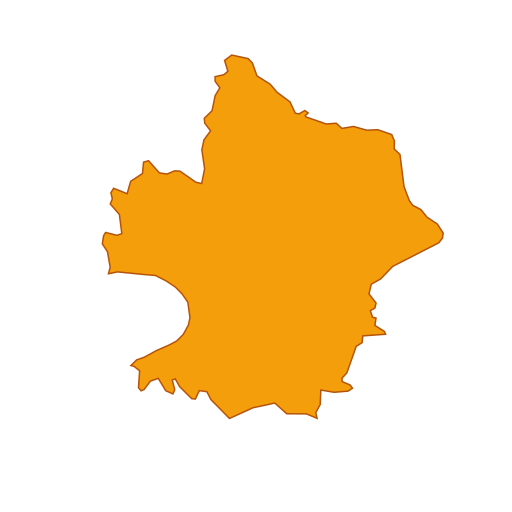 an SVG outline of Wiltshire, rotated 207°
{"feature_id": "GBR-2757", "entity_name": "Wiltshire", "entity_type": "Unitary Single-Tier County", "adm_level": 1, "iso_a3": "GBR", "parent_name": "United Kingdom", "parent_adm1": "", "projection": "equal_earth", "projection_center": [-1.898, 51.324], "detail": "fine", "context": "isolated", "style": "filled", "palette": "amber", "viewbox_px": 512, "rotation_deg": 207, "n_neighbors": 0, "source": "natural_earth", "source_scale": "10m", "svg_char_len": 1815}
<svg xmlns="http://www.w3.org/2000/svg" viewBox="0 0 512 512"><g transform="rotate(207 256 256)"><path d="M297.2,83.7L300.9,85.3L307.6,100.9L314.6,102.3L317.7,101.6L315.2,109.2L309.5,115.2L301.9,126.4L292.8,137.5L288.1,144.3L285.2,153.1L284.9,163.8L286.8,171.0L295.7,183.8L304.5,188.6L313.7,191.7L324.7,193.0L336.7,193.0L346.5,189.0L359.8,183.8L372.1,179.0L379.4,173.2L380.8,179.7L390.3,192.4L398.4,197.0L401.0,204.9L400.7,208.7L389.3,211.3L385.7,215.0L396.6,231.0L409.5,236.2L409.9,241.6L414.0,246.5L413.6,251.7L399.1,253.0L401.6,265.6L394.6,278.0L398.8,288.6L395.0,292.1L379.9,286.2L372.5,288.6L367.1,295.0L362.2,297.1L343.1,294.4L337.3,295.9L341.4,310.4L352.5,326.1L355.1,335.9L353.3,346.9L362.0,351.1L364.6,355.2L361.1,365.5L365.2,380.3L364.6,389.5L371.7,393.1L373.9,397.2L367.0,402.9L364.9,407.8L372.8,416.0L368.9,424.0L352.6,428.3L346.8,426.3L336.9,416.9L321.3,415.5L311.8,411.5L295.6,408.7L285.9,401.1L282.3,402.0L278.5,407.8L274.5,407.1L275.9,403.4L274.4,402.6L253.4,405.5L244.8,410.7L237.4,408.7L227.9,415.7L214.3,418.4L204.9,423.8L190.2,425.8L185.0,421.4L181.4,414.1L173.8,411.8L155.6,385.0L144.6,375.0L139.4,372.3L130.0,372.2L121.3,368.2L109.0,366.8L99.6,361.4L98.0,356.6L99.1,350.8L129.5,308.8L134.5,292.2L140.5,283.2L138.1,273.5L127.7,268.6L126.4,263.6L129.3,259.2L124.4,254.4L120.9,255.2L118.5,248.1L107.4,247.1L105.0,245.1L124.6,233.3L122.1,227.0L125.7,221.0L124.4,211.3L122.0,193.1L123.9,186.1L122.2,183.2L113.5,183.8L110.0,182.0L112.6,177.4L124.6,170.0L137.4,166.0L131.4,152.9L131.6,143.5L127.9,139.1L139.4,138.2L157.0,129.4L172.5,133.5L189.9,119.3L205.9,99.2L231.0,107.6L238.2,112.8L245.4,110.3L245.1,101.0L248.5,99.7L264.7,104.9L272.2,109.9L274.3,107.4L267.7,100.0L267.4,95.4L275.3,95.0L287.5,102.6L293.3,96.6L295.1,86.2L297.2,83.7Z" fill="#f59e0b" stroke="#b45309" stroke-width="1.5"/></g></svg>